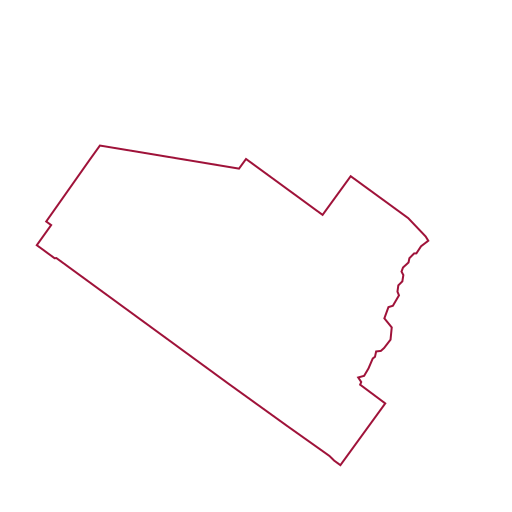 the district of Sierra, New Mexico, United States of America, rotated 216°
{"feature_id": "52423323B62367348264258", "entity_name": "Sierra", "entity_type": "district", "adm_level": 2, "iso_a3": "USA", "parent_name": "United States of America", "parent_adm1": "New Mexico", "projection": "mercator", "projection_center": [-107.514, 33.043], "detail": "fine", "context": "isolated", "style": "outline", "palette": "rose", "viewbox_px": 512, "rotation_deg": 216, "n_neighbors": 0, "source": "geoboundaries", "source_scale": "gbopen_adm2", "svg_char_len": 754}
<svg xmlns="http://www.w3.org/2000/svg" viewBox="0 0 512 512"><g transform="rotate(216 256 256)"><path d="M64.8,212.7L96.1,213.1L96.8,215.9L101.9,217.8L98.1,222.6L98.9,231.1L101.3,241.7L100.5,244.4L102.7,249.4L99.2,252.6L98.3,256.8L98.0,267.4L104.2,278.0L115.5,281.0L118.8,292.5L116.0,296.2L117.2,308.2L120.6,310.3L123.6,315.9L122.7,321.5L125.6,327.2L129.1,328.9L130.3,333.1L128.8,340.4L130.6,344.4L129.6,351.0L127.8,352.4L128.2,360.9L125.6,369.6L130.2,371.5L155.1,376.1L226.3,376.2L226.3,328.4L235.5,328.4L309.6,328.6L321.1,328.6L321.1,316.7L447.2,253.6L447.1,236.1L446.0,160.6L439.9,160.6L439.7,135.9L417.6,135.8L416.3,137.0L202.5,136.5L131.1,136.8L79.0,137.4L72.4,136.4L64.8,136.4L64.8,212.7Z" fill="none" stroke="#9f1239" stroke-width="2"/></g></svg>